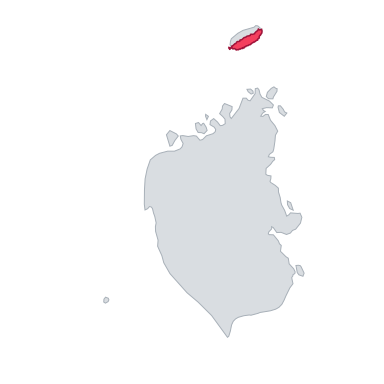 Jeju-si, Jeju, South Korea (highlighted), rotated 168°
{"feature_id": "91817680B29624883381183", "entity_name": "Jeju-si", "entity_type": "district", "adm_level": 2, "iso_a3": "KOR", "parent_name": "South Korea", "parent_adm1": "Jeju", "projection": "natural_earth1", "projection_center": [126.666, 33.419], "detail": "fine", "context": "in_parent", "style": "filled", "palette": "rose", "viewbox_px": 384, "rotation_deg": 168, "n_neighbors": 0, "source": "geoboundaries", "source_scale": "gbopen_adm2", "svg_char_len": 5637}
<svg xmlns="http://www.w3.org/2000/svg" viewBox="0 0 384 384"><g transform="rotate(168 192 192)"><path d="M110.9,88.8L112.2,87.7L112.3,86.2L112.3,81.3L116.2,77.9L121.7,70.9L124.4,67.1L127.4,63.5L131.0,61.1L134.5,60.0L140.0,59.5L150.5,60.0L152.6,59.6L159.9,59.2L161.6,59.8L166.9,60.2L172.8,59.8L175.8,58.8L178.5,57.0L180.9,53.8L183.4,48.0L186.0,43.3L187.5,42.5L198.5,67.1L208.9,83.0L217.8,94.5L230.5,116.7L234.3,128.6L234.7,135.9L236.9,146.1L235.2,151.9L235.8,161.0L235.0,165.7L233.5,169.2L233.5,175.8L234.0,179.4L234.1,184.1L235.1,185.9L236.6,186.6L238.9,184.9L241.7,184.2L241.2,189.9L238.0,204.2L235.1,214.7L231.1,223.8L226.1,232.1L220.0,235.4L215.7,236.6L207.4,237.0L200.6,235.6L194.7,236.6L192.3,238.3L190.6,241.3L191.9,245.9L191.8,249.3L189.3,249.1L184.2,247.1L178.7,246.8L176.1,245.8L173.5,241.0L170.8,241.1L166.2,244.0L159.2,244.7L156.7,246.2L155.8,248.3L156.8,250.8L160.4,254.2L159.2,257.6L155.5,259.3L152.5,255.1L150.6,251.0L148.5,250.8L145.3,251.9L144.6,256.4L146.2,259.4L148.7,262.9L145.2,266.9L144.3,269.7L141.8,271.8L135.0,267.2L135.9,264.0L138.9,260.9L139.2,257.6L138.3,255.7L128.6,263.9L122.6,273.2L119.4,272.5L118.1,270.1L116.2,269.1L109.8,275.1L108.6,279.9L106.2,280.0L105.2,278.0L105.1,273.7L104.0,270.1L97.3,264.8L94.3,260.2L95.9,257.6L101.5,259.0L105.9,258.9L105.1,256.7L103.6,255.6L106.6,254.4L109.0,251.9L107.0,251.2L103.9,252.6L101.3,251.9L100.3,245.9L97.1,239.7L95.5,233.7L98.6,230.2L100.2,224.8L103.1,217.0L104.5,214.5L108.5,212.7L110.0,210.6L107.8,209.6L104.3,208.7L104.4,206.5L106.7,205.2L109.4,202.7L114.6,199.7L116.1,194.0L114.7,192.6L111.4,191.3L112.2,188.4L113.5,186.2L113.0,184.9L109.2,181.2L106.7,177.8L107.4,174.0L106.9,168.2L107.2,163.3L107.0,160.6L105.2,154.7L104.4,148.7L101.9,149.6L100.0,151.1L92.9,149.0L90.7,148.8L89.8,144.4L92.4,139.0L98.3,134.1L101.7,133.5L104.3,131.4L108.4,130.8L113.2,134.0L117.5,134.7L119.9,140.3L121.4,141.5L121.7,139.4L125.2,137.0L126.1,135.2L125.3,134.2L121.3,133.2L117.7,126.2L117.2,123.1L115.8,121.2L117.8,115.6L113.6,109.2L111.6,107.2L111.9,101.5L109.7,97.8L108.5,95.8L107.7,92.4L108.4,90.8L110.3,90.2L110.9,88.8ZM97.0,340.3L95.0,341.5L93.1,340.8L92.6,340.2L90.4,337.0L89.8,335.4L91.3,332.3L97.5,327.2L113.6,322.3L116.5,322.1L122.8,324.2L124.2,328.1L123.0,331.5L121.6,333.8L114.2,337.7L108.5,339.5L97.0,340.3ZM205.1,253.3L200.9,256.7L195.2,252.1L193.8,249.6L198.1,245.9L201.7,241.7L204.1,241.4L205.1,253.3ZM174.9,252.9L174.4,258.3L171.2,258.6L169.3,255.1L167.3,256.8L166.3,256.8L164.7,252.5L164.4,249.1L168.1,246.5L170.4,248.1L173.6,248.9L174.9,252.9ZM92.9,276.9L90.0,277.8L88.4,275.9L87.3,275.4L87.9,272.9L92.6,268.0L93.5,266.3L97.8,267.3L99.5,269.9L97.5,273.8L92.9,276.9ZM105.8,91.3L105.6,98.5L103.2,98.2L101.5,97.5L100.8,96.1L99.2,89.3L101.0,86.5L104.6,88.7L105.8,91.3ZM90.2,257.0L89.6,258.3L87.6,257.9L85.6,254.1L84.8,251.1L82.8,249.5L86.0,246.9L90.0,251.6L90.2,257.0ZM101.2,159.8L100.6,163.4L97.7,161.0L96.8,153.2L99.9,155.5L101.2,159.8ZM300.4,105.5L298.4,107.1L296.0,105.5L295.7,103.8L296.9,102.2L299.8,101.3L301.2,102.7L300.4,105.5ZM116.2,278.4L116.9,281.0L113.3,280.5L111.4,278.0L111.6,275.8L113.8,275.5L116.2,278.4ZM163.0,263.4L162.5,265.1L160.2,262.6L162.4,259.7L163.0,263.4Z" fill="#d9dde1" stroke="#a8b0b8" stroke-width="1"/><path d="M122.9,326.4L122.9,326.2L122.8,325.7L123.0,325.7L123.2,325.4L123.1,325.2L123.3,324.8L123.3,324.5L123.2,324.4L122.9,324.4L122.8,324.1L122.7,323.9L122.5,323.6L122.1,323.5L121.7,323.4L121.3,323.5L121.0,323.6L120.5,323.2L120.3,323.1L119.9,322.7L119.6,322.6L119.5,322.3L119.4,321.9L119.1,321.7L118.9,321.8L118.7,321.9L118.4,321.9L118.2,321.9L117.9,321.7L117.7,321.6L117.2,321.5L116.8,321.5L116.6,321.7L116.4,321.9L116.0,321.9L115.7,322.0L115.4,321.8L115.2,321.7L114.9,321.8L114.6,322.0L114.3,322.1L113.9,322.0L113.6,322.1L113.3,322.2L113.0,322.3L112.8,322.1L112.7,322.4L112.6,322.6L112.3,322.6L111.9,322.4L111.6,322.2L111.4,322.0L111.2,322.2L110.9,322.4L110.8,322.7L110.8,322.9L110.6,323.0L110.3,322.9L110.1,322.9L109.6,323.1L109.2,323.0L108.8,323.5L108.5,323.7L108.1,323.6L107.9,323.5L107.6,323.6L107.2,323.7L106.8,323.5L106.3,323.8L106.0,324.0L105.7,324.0L105.1,324.1L104.7,323.9L104.2,324.2L104.0,324.4L103.6,324.5L103.3,324.5L103.1,324.8L102.9,324.8L102.7,325.0L102.2,325.2L102.0,325.3L101.6,325.4L101.3,325.4L101.1,325.5L100.7,325.8L100.2,325.9L100.0,325.7L99.6,325.7L99.3,325.9L99.0,326.1L98.7,326.3L98.3,326.3L98.1,326.5L97.8,326.7L97.4,326.9L96.9,326.9L96.6,326.9L96.3,326.9L96.2,327.3L96.1,327.7L95.9,327.9L95.5,328.1L95.0,328.1L94.6,328.5L94.3,328.6L94.1,328.8L94.1,329.1L94.1,329.4L94.1,329.7L93.9,329.9L93.6,330.4L93.3,330.9L93.0,331.1L92.8,331.2L92.6,331.1L92.4,331.2L92.2,331.4L92.1,331.7L91.6,332.2L90.7,332.9L90.5,333.5L90.3,334.0L90.1,334.8L90.1,335.5L90.1,336.6L90.8,336.4L91.3,336.5L92.1,336.5L92.3,336.6L92.7,337.1L93.2,337.6L93.6,337.0L94.0,336.5L94.8,336.0L95.6,335.7L96.3,335.3L97.0,334.8L97.6,334.3L97.9,333.8L98.8,333.7L99.7,333.6L100.3,333.7L100.6,333.8L101.3,334.0L102.0,334.0L102.2,333.7L102.4,333.1L103.1,332.9L105.5,333.0L106.4,332.8L107.0,332.3L109.0,332.2L110.0,331.6L111.3,330.8L112.2,330.6L113.0,330.7L113.6,330.5L114.0,329.5L114.9,329.5L115.7,329.6L116.0,329.7L116.7,329.6L117.4,329.1L117.9,328.4L118.3,328.1L119.2,328.1L119.7,327.9L120.0,327.5L120.6,327.3L121.0,327.1L121.4,326.7L122.1,326.6L122.9,326.4ZM125.4,324.3L125.4,324.2L125.5,324.0L125.5,323.9L125.4,323.9L125.3,323.7L125.2,323.7L125.1,323.8L125.0,324.0L124.9,324.3L124.7,324.4L124.7,324.5L124.7,324.8L124.8,325.0L124.8,325.3L125.0,325.4L125.3,325.5L125.5,325.4L125.6,325.5L125.8,325.6L125.8,325.4L125.8,325.2L126.0,325.1L125.9,324.9L125.8,324.7L125.7,324.4L125.4,324.3Z" fill="#f43f5e" stroke="#9f1239" stroke-width="1.5"/></g></svg>